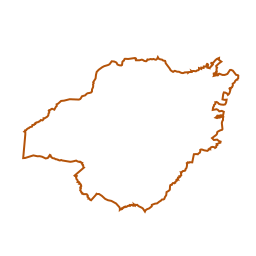 Ban Bueng, Chon Buri, Thailand, rotated 98°
{"feature_id": "78962969B10446742029293", "entity_name": "Ban Bueng", "entity_type": "district", "adm_level": 2, "iso_a3": "THA", "parent_name": "Thailand", "parent_adm1": "Chon Buri", "projection": "natural_earth1", "projection_center": [101.2, 13.24], "detail": "fine", "context": "isolated", "style": "outline", "palette": "amber", "viewbox_px": 256, "rotation_deg": 98, "n_neighbors": 0, "source": "geoboundaries", "source_scale": "gbopen_adm2", "svg_char_len": 5704}
<svg xmlns="http://www.w3.org/2000/svg" viewBox="0 0 256 256"><g transform="rotate(98 128 128)"><path d="M102.3,35.6L98.6,35.4L98.0,37.5L98.8,39.9L97.5,41.6L97.1,43.0L98.3,46.6L95.7,46.6L94.3,45.9L93.4,46.1L92.0,44.9L90.3,45.1L90.3,44.4L89.9,43.8L90.7,42.1L91.4,41.5L91.8,39.4L91.7,36.7L91.1,35.1L89.2,34.4L86.2,34.3L86.7,36.4L86.5,38.4L81.3,38.4L79.4,38.0L79.4,36.6L80.1,34.6L81.3,33.7L80.4,32.9L79.0,32.3L75.9,31.9L75.6,32.5L74.7,33.0L74.2,32.6L74.1,31.4L73.3,31.1L73.1,30.6L71.1,30.1L69.6,30.5L68.1,28.8L66.7,28.5L65.4,27.6L64.9,26.4L64.2,26.5L63.4,25.8L60.7,26.1L60.4,26.6L60.3,28.4L56.6,32.2L56.1,34.1L56.4,35.1L60.6,37.1L61.6,38.8L62.1,40.1L62.3,41.9L61.5,45.2L62.1,46.2L63.0,46.0L63.4,46.4L63.2,47.0L64.4,50.2L63.4,49.9L63.0,50.5L62.1,50.7L61.8,50.1L61.8,49.8L62.1,49.7L61.7,48.2L61.5,48.4L61.1,48.1L60.7,48.1L60.5,48.8L59.6,48.5L59.5,48.0L57.3,48.6L55.8,48.2L55.3,49.0L54.3,49.3L51.2,46.8L49.3,44.8L47.6,47.9L47.2,47.5L46.0,47.6L47.3,49.7L48.8,51.0L51.6,52.7L51.9,54.5L52.3,54.6L52.6,54.3L52.7,53.3L53.2,52.8L54.6,53.6L54.7,54.0L56.0,54.6L56.8,55.3L56.9,55.9L57.4,55.7L57.2,57.7L54.3,57.5L53.9,58.4L53.5,58.4L53.5,58.6L54.5,59.0L55.7,58.9L56.0,59.3L56.3,59.1L56.5,61.5L58.0,61.5L58.0,63.8L59.3,63.7L58.8,66.0L59.8,65.8L60.9,66.2L61.4,67.6L62.4,68.7L62.4,71.1L62.9,72.9L62.8,73.1L63.6,72.7L63.7,73.0L64.1,75.3L64.9,76.1L64.4,76.2L65.1,79.7L65.7,80.5L66.0,81.3L66.0,82.9L65.2,85.4L65.4,87.2L64.9,89.4L65.0,90.0L66.0,90.8L66.1,91.4L64.9,93.8L63.2,95.1L58.6,99.7L57.1,100.2L56.4,100.6L56.3,102.6L55.6,103.7L55.4,106.6L55.0,107.3L53.7,108.3L55.5,108.8L56.4,109.7L56.5,110.4L56.1,112.5L56.7,113.8L56.5,114.9L56.8,115.8L57.5,117.2L57.4,118.3L59.1,118.9L59.4,119.4L59.3,121.2L58.5,123.0L58.4,123.9L59.3,126.0L59.8,129.6L59.1,130.0L58.1,129.8L57.7,130.8L59.6,137.3L59.9,140.7L60.5,141.2L61.8,141.4L62.5,142.3L63.2,142.7L66.4,142.7L67.0,143.4L67.1,145.3L66.6,147.3L65.0,148.4L64.6,149.1L64.1,150.9L64.2,153.4L67.4,155.1L68.4,156.5L70.1,160.2L71.4,162.0L74.4,165.1L76.8,166.8L79.7,167.1L83.5,167.0L87.4,168.8L87.8,168.8L88.3,168.2L89.9,168.7L91.0,168.3L92.5,168.3L94.8,169.0L96.8,168.8L97.8,169.3L98.5,170.6L99.2,172.8L99.9,173.7L101.6,174.9L103.0,178.0L105.2,178.9L106.0,179.4L106.7,180.6L107.6,189.7L109.8,195.1L110.5,198.0L113.6,200.6L114.5,202.0L116.1,201.6L117.1,202.4L120.1,203.5L119.5,205.8L119.8,206.5L120.8,207.3L121.3,208.6L121.9,208.9L122.7,208.2L123.9,208.2L124.5,208.7L126.7,208.7L128.1,209.6L129.9,211.8L130.1,213.0L131.2,212.9L132.3,213.7L132.4,214.1L132.2,215.4L133.9,216.6L134.2,217.5L134.9,218.1L135.1,219.2L135.7,220.1L135.9,220.3L136.2,220.0L137.0,220.4L137.1,221.1L137.9,221.4L138.4,223.1L139.9,223.2L141.1,225.6L142.0,226.2L142.3,227.0L143.4,228.1L144.3,228.5L144.7,229.5L145.0,229.4L146.0,230.2L146.4,229.1L148.7,228.8L172.4,227.6L172.0,225.7L168.3,217.9L168.6,213.7L168.2,211.5L168.4,209.1L169.6,205.3L168.9,203.3L165.5,201.6L165.9,200.8L167.1,200.8L167.1,200.2L168.2,198.8L168.4,197.8L168.3,196.9L169.0,195.2L168.9,194.2L169.3,192.9L169.2,192.6L169.6,191.7L169.6,190.8L169.0,189.8L169.3,188.5L169.5,180.5L169.0,178.6L167.5,174.8L168.1,173.3L168.4,171.3L168.0,170.9L168.2,170.1L168.8,169.4L168.9,168.8L169.2,169.0L169.5,168.5L170.0,168.4L170.5,167.7L170.8,167.9L171.8,167.0L173.2,166.7L173.4,166.2L182.6,174.3L182.9,173.9L182.8,172.1L183.2,172.2L183.4,172.7L184.1,172.6L185.9,171.8L186.6,170.8L187.8,170.4L188.0,169.9L188.2,170.0L188.1,169.6L188.3,169.2L188.8,169.5L189.4,168.0L189.8,167.6L190.0,167.8L190.0,167.4L190.2,167.2L190.4,167.4L190.7,166.8L192.0,166.2L192.6,166.6L193.1,166.5L193.0,166.8L193.4,166.9L193.8,167.0L193.9,166.6L194.5,166.3L196.3,166.7L197.6,165.4L198.3,165.3L198.8,164.1L199.4,164.2L199.7,163.0L199.3,160.0L199.5,159.3L199.9,158.9L201.4,158.6L201.3,158.3L201.9,158.3L203.1,156.8L203.4,157.0L203.4,156.4L204.2,155.8L204.7,154.5L198.7,150.5L197.5,150.0L197.7,149.4L197.4,147.5L198.8,144.5L201.4,140.7L202.3,137.7L202.5,134.3L204.4,129.3L207.6,125.5L208.9,124.8L210.0,124.7L209.6,124.4L209.7,123.8L209.4,123.2L208.6,123.0L208.8,122.4L207.9,122.0L207.8,121.7L207.5,121.7L206.8,120.9L206.3,120.0L206.7,119.8L206.2,119.1L206.3,118.5L205.2,117.4L204.8,115.4L204.1,115.7L203.9,115.5L204.0,114.2L203.6,113.6L204.1,112.4L203.5,112.2L203.9,111.7L203.7,111.5L203.8,111.1L203.5,111.3L203.4,110.9L203.2,111.0L203.4,110.7L203.0,110.7L203.2,110.0L203.0,109.8L203.1,109.2L202.8,108.2L203.9,106.7L205.0,103.3L205.6,102.1L208.4,99.6L207.0,99.2L205.8,97.9L204.7,95.9L202.3,93.6L200.8,93.7L199.2,90.8L198.6,88.7L196.4,86.6L195.6,85.5L194.1,84.4L193.8,82.9L193.2,82.2L191.3,81.8L189.2,80.8L186.1,80.9L184.6,79.0L183.3,78.0L179.6,78.3L178.5,78.0L178.4,77.3L178.0,77.1L178.1,76.7L176.4,76.0L176.0,74.5L175.7,74.3L175.7,74.0L175.9,73.9L175.5,73.5L174.8,73.6L173.6,72.6L173.3,72.7L173.2,72.2L172.4,72.1L172.2,72.3L171.9,71.8L172.0,71.3L171.3,71.7L170.3,71.6L170.3,71.3L169.9,71.1L170.0,70.6L169.5,70.1L169.0,69.8L168.7,70.0L168.7,69.5L168.0,69.4L167.5,68.7L165.5,69.2L164.9,68.9L164.4,69.4L164.2,68.7L163.1,67.8L162.4,65.7L161.7,65.3L160.9,65.4L159.6,64.6L158.1,64.4L156.0,64.4L154.6,64.9L153.6,63.9L154.0,62.9L153.3,62.3L153.1,59.6L144.8,59.1L144.3,56.8L144.3,55.2L143.6,54.8L142.3,53.4L141.0,53.2L139.6,53.4L139.2,52.9L139.0,51.9L139.5,49.4L139.6,46.2L138.7,45.3L137.8,45.2L137.7,43.7L136.8,44.1L136.5,43.6L135.4,42.9L134.9,41.5L135.1,39.4L135.6,39.0L134.7,38.0L133.0,38.1L132.6,37.3L131.5,37.9L131.2,37.0L130.1,35.6L129.7,34.5L128.6,34.4L128.3,36.1L127.1,38.1L127.9,41.3L126.3,43.4L122.4,39.5L121.2,39.0L119.9,39.1L119.3,38.8L117.7,36.7L116.6,34.5L115.9,34.3L110.0,35.8L108.2,35.6L106.8,35.0L105.5,35.3L103.9,35.2L104.0,37.5L104.9,38.5L105.1,40.0L105.8,41.2L105.5,42.7L104.9,42.1L103.3,41.2L103.2,39.4L102.5,38.1L102.3,35.6Z" fill="none" stroke="#b45309" stroke-width="2"/></g></svg>